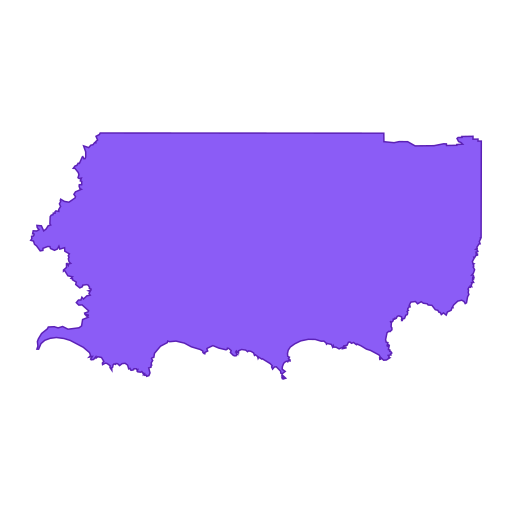 Denmark, Western Australia, Australia (Equal Earth projection)
{"feature_id": "25037944B90574007914814", "entity_name": "Denmark", "entity_type": "district", "adm_level": 2, "iso_a3": "AUS", "parent_name": "Australia", "parent_adm1": "Western Australia", "projection": "equal_earth", "projection_center": [117.036, -34.911], "detail": "fine", "context": "isolated", "style": "filled", "palette": "violet", "viewbox_px": 512, "rotation_deg": 0, "n_neighbors": 0, "source": "geoboundaries", "source_scale": "gbopen_adm2", "svg_char_len": 5964}
<svg xmlns="http://www.w3.org/2000/svg" viewBox="0 0 512 512"><path d="M481.1,237.8L481.3,141.1L478.0,141.1L478.0,139.1L473.0,139.2L473.0,136.3L461.9,136.5L462.0,137.4L458.1,137.5L457.0,138.5L458.6,141.6L461.0,142.5L462.7,144.2L456.8,144.5L456.8,145.3L446.5,145.5L446.4,143.9L443.6,143.8L434.0,145.7L415.1,145.9L407.7,141.7L399.2,141.6L394.1,142.7L383.9,141.7L383.8,133.2L100.2,133.0L99.4,134.5L96.0,136.3L97.6,140.0L95.8,141.5L95.8,142.8L94.7,142.5L93.0,144.7L90.8,145.2L88.7,147.6L83.6,145.9L85.7,151.9L85.7,157.0L85.1,158.6L84.0,158.8L82.8,156.6L82.3,156.9L79.4,163.4L78.2,163.2L76.8,165.4L75.0,166.0L73.3,168.3L75.0,168.4L78.3,172.6L78.9,174.7L78.0,177.7L79.3,178.6L81.4,178.1L80.3,180.9L81.7,181.4L81.7,184.7L79.3,184.7L79.1,186.2L79.9,188.6L81.3,189.3L75.5,191.8L73.9,194.3L75.5,196.7L75.0,198.0L68.9,202.2L64.4,201.4L60.7,199.2L60.3,200.5L60.7,201.6L59.4,203.8L60.6,206.4L58.7,209.5L58.8,211.4L55.9,210.9L55.0,211.8L55.0,213.2L53.3,213.1L53.0,214.7L51.3,215.1L50.2,216.6L49.9,223.7L50.7,225.0L48.1,225.8L46.2,228.9L43.7,230.9L41.4,225.8L36.9,225.4L37.2,227.5L39.0,229.7L36.7,231.0L33.2,230.8L32.6,233.8L33.8,233.7L34.1,234.8L33.4,236.0L31.6,236.3L31.8,238.7L30.7,240.3L33.5,241.1L34.5,244.3L36.5,245.8L40.2,250.9L42.9,250.4L43.0,248.3L47.7,246.5L49.9,246.6L50.5,248.5L54.5,250.3L57.4,249.0L58.9,246.2L59.8,249.1L64.6,247.7L64.8,251.2L69.4,253.9L68.2,255.8L69.0,257.2L68.3,258.8L69.1,261.9L70.7,263.4L68.8,263.8L68.3,265.5L67.1,263.4L66.5,263.6L66.5,267.4L63.5,270.0L63.5,271.1L64.2,270.5L65.0,271.1L67.9,275.8L72.5,276.8L71.0,278.4L72.5,278.7L72.5,279.8L76.3,282.1L75.7,284.5L79.8,287.9L82.4,286.7L82.7,285.2L86.6,284.6L88.0,285.0L89.5,287.1L89.3,288.3L91.1,289.1L90.9,290.2L88.5,290.8L90.1,291.5L89.0,293.4L90.2,295.2L86.9,295.8L83.5,299.0L81.9,297.2L80.9,300.0L78.5,300.0L76.3,302.6L78.8,305.1L82.1,304.9L88.6,310.8L88.0,311.9L84.6,313.1L85.0,314.4L88.2,314.9L88.3,315.5L86.4,315.9L88.1,317.3L82.6,319.5L81.6,325.9L79.0,327.8L68.0,329.2L62.6,326.5L58.1,327.9L54.2,326.7L48.3,327.0L47.4,328.8L41.6,333.5L38.4,338.8L37.4,341.5L37.9,346.2L36.9,349.1L38.6,349.2L41.0,343.6L44.8,340.3L50.2,338.3L56.4,337.5L64.0,338.5L70.2,340.4L83.3,347.3L89.5,352.6L90.6,355.5L89.1,357.1L92.3,356.5L90.6,359.1L91.2,359.8L93.6,359.5L95.9,356.7L96.2,358.0L97.8,356.7L101.5,357.5L103.8,361.4L102.4,363.0L102.6,364.6L105.2,363.2L106.9,363.4L110.1,365.7L110.0,367.5L111.8,370.2L111.7,367.9L112.6,367.3L113.1,364.8L114.1,363.9L115.5,364.4L116.0,363.5L117.6,363.7L119.6,365.6L122.1,363.6L125.1,363.3L127.6,365.1L128.7,368.9L130.0,368.4L130.7,370.1L131.6,370.3L133.6,369.8L134.0,368.7L136.4,368.8L136.7,369.7L137.8,369.5L137.2,371.4L137.7,371.8L140.7,372.2L141.8,371.5L142.8,373.1L143.5,373.1L143.4,374.8L144.7,373.9L144.8,375.3L146.4,375.3L146.7,376.3L148.9,375.6L150.0,372.9L148.7,367.9L151.0,367.2L151.2,364.8L151.6,364.9L151.2,362.9L152.7,360.5L151.5,358.6L152.2,357.7L153.8,357.4L154.5,353.3L160.5,346.2L167.3,342.6L167.7,341.1L169.7,341.7L176.0,341.1L184.4,343.1L191.3,346.8L200.2,349.5L202.8,351.0L202.9,352.5L204.3,353.7L204.9,353.7L204.8,352.5L207.7,351.0L206.8,348.8L207.2,348.3L212.9,345.6L218.9,348.1L226.0,349.8L227.1,349.3L227.4,348.2L228.7,348.4L231.2,350.6L230.4,352.5L233.3,355.4L234.9,355.9L236.5,355.6L236.7,354.2L237.3,354.3L236.3,353.1L236.7,352.6L235.7,352.0L236.4,350.9L238.5,352.9L238.7,350.7L241.6,349.5L245.7,350.1L247.6,351.7L248.5,350.9L250.9,351.3L253.6,352.9L254.5,355.4L255.4,354.8L257.6,356.5L258.1,358.4L258.7,357.2L261.8,359.1L262.4,358.8L270.2,363.6L272.2,365.7L271.6,366.9L272.6,369.1L274.4,367.0L276.3,366.8L280.6,371.2L280.8,373.1L281.9,374.0L285.2,371.4L282.2,369.2L282.4,366.6L283.7,363.3L285.6,361.6L287.1,361.1L287.8,361.8L288.6,360.5L290.0,361.0L290.1,360.0L288.5,358.6L289.4,357.2L287.7,356.3L287.5,353.5L288.2,350.2L290.3,347.0L294.8,343.8L300.7,340.9L308.3,339.3L315.2,339.4L321.2,341.2L323.9,341.1L326.0,342.9L326.5,344.2L327.3,343.5L331.4,344.4L332.7,347.2L333.4,345.9L333.6,347.1L336.1,347.2L339.1,348.9L343.8,346.7L343.8,345.9L347.1,345.2L348.4,342.3L349.9,342.0L351.5,343.3L353.6,342.5L355.8,344.3L356.6,344.7L357.0,344.0L361.0,345.8L366.4,349.1L370.5,350.4L379.1,355.0L380.2,356.9L379.6,357.6L379.8,359.4L380.7,359.2L381.0,357.7L383.6,360.2L386.4,360.0L389.8,357.8L388.9,357.5L389.2,356.9L388.2,355.4L391.0,354.9L390.6,353.9L391.8,353.0L390.6,351.3L389.7,351.3L389.8,349.9L388.4,349.6L389.3,345.3L388.7,344.9L388.1,346.5L387.1,345.8L387.9,342.6L386.2,342.2L385.6,339.6L387.0,332.8L388.8,331.3L390.0,331.6L391.9,329.8L391.9,327.9L391.1,326.7L391.4,322.6L390.7,322.2L390.2,321.1L391.5,322.4L393.1,320.8L393.3,319.1L394.8,319.2L394.9,318.2L396.3,318.3L397.2,316.4L398.8,315.8L401.6,316.9L401.9,319.2L400.9,319.7L402.0,319.4L401.7,320.5L402.3,320.5L402.9,318.7L404.5,318.5L405.8,315.2L407.3,314.6L407.7,312.8L407.1,311.4L408.4,310.4L407.7,309.7L407.8,308.4L409.0,307.4L409.2,305.9L410.0,306.4L409.6,304.4L410.9,302.1L415.4,301.5L417.6,303.8L421.2,301.7L423.3,303.2L427.3,303.8L428.1,305.0L431.9,305.3L435.3,309.7L437.8,310.3L439.0,312.3L440.3,312.5L441.3,314.6L443.5,312.9L446.2,315.1L447.4,312.0L451.1,310.3L452.0,307.8L453.0,307.7L452.6,306.9L453.7,304.9L457.8,301.1L461.7,300.2L464.0,301.5L465.2,303.6L466.5,302.8L467.6,296.7L468.9,294.5L468.2,292.5L468.6,290.0L468.0,289.2L468.9,287.3L470.2,287.3L470.1,286.3L471.7,286.7L471.2,285.0L472.0,283.7L471.5,282.5L473.6,282.4L472.5,280.3L472.7,278.2L473.6,279.0L474.0,277.3L473.0,277.2L473.5,275.8L472.9,274.8L471.9,275.0L473.4,273.1L474.6,269.7L473.2,267.0L473.8,266.1L473.2,264.6L474.1,263.8L472.9,263.4L472.4,261.5L474.1,258.3L473.8,257.3L474.7,257.5L475.9,255.5L477.5,255.1L477.5,254.0L476.1,253.8L476.5,252.8L476.0,252.2L477.9,251.5L477.2,249.9L475.7,249.3L477.2,248.5L476.9,247.2L478.9,244.0L480.1,243.8L479.3,241.5L480.5,239.1L480.4,237.9L481.1,237.8ZM285.7,378.2L282.2,375.0L281.8,375.8L282.7,376.0L281.9,377.5L282.2,378.3L283.1,377.8L283.2,379.0L285.7,378.2ZM345.9,347.2L342.8,347.7L342.5,348.7L346.0,347.9L345.9,347.2Z" fill="#8b5cf6" stroke="#5b21b6" stroke-width="1.5"/></svg>